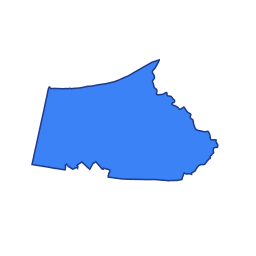 the district of Dong Hai, Bạc Liêu, Vietnam, rotated 206°
{"feature_id": "81297802B21221579574343", "entity_name": "Dong Hai", "entity_type": "district", "adm_level": 2, "iso_a3": "VNM", "parent_name": "Vietnam", "parent_adm1": "Bạc Liêu", "projection": "natural_earth1", "projection_center": [105.374, 9.137], "detail": "fine", "context": "isolated", "style": "filled", "palette": "blue", "viewbox_px": 256, "rotation_deg": 206, "n_neighbors": 0, "source": "geoboundaries", "source_scale": "gbopen_adm2", "svg_char_len": 5565}
<svg xmlns="http://www.w3.org/2000/svg" viewBox="0 0 256 256"><g transform="rotate(206 128 128)"><path d="M43.6,155.9L45.8,155.0L47.6,154.0L48.0,153.9L48.3,153.9L48.6,154.0L48.8,154.1L49.0,154.2L49.1,154.4L49.9,155.6L50.7,156.6L51.3,157.5L51.9,158.2L53.3,159.3L53.9,159.8L54.2,159.9L54.6,160.0L54.9,160.0L55.1,159.9L55.6,159.5L56.2,159.0L57.1,158.5L57.6,158.2L58.6,157.9L64.2,156.5L64.8,156.4L65.0,156.4L65.6,156.5L66.1,156.6L67.5,157.2L68.1,157.7L69.6,159.2L70.5,160.0L71.1,160.7L71.5,161.4L72.0,162.2L73.1,163.5L73.4,163.8L73.7,164.0L74.0,164.0L74.8,163.9L75.1,163.9L75.5,164.1L76.0,164.4L76.7,164.9L76.8,165.1L77.0,165.4L77.1,165.8L77.2,166.2L77.3,167.0L77.3,167.4L77.6,167.8L77.9,168.0L78.2,168.1L78.5,168.1L80.5,168.2L81.5,168.5L82.1,168.7L83.8,169.5L85.5,170.6L86.2,171.1L86.3,171.2L86.7,171.2L87.1,171.2L87.3,170.9L87.5,170.6L88.0,169.7L88.3,169.1L89.1,167.9L89.3,167.8L89.5,167.6L90.1,167.5L90.6,167.7L92.1,168.4L92.5,168.4L94.4,168.6L95.9,168.5L97.6,168.3L97.8,168.3L98.3,168.4L98.7,168.6L99.0,168.9L99.2,169.2L99.3,169.5L99.2,169.7L99.2,169.9L99.0,170.1L98.4,170.6L98.1,170.9L97.8,171.4L97.8,171.6L97.7,171.9L97.8,172.4L97.9,172.7L98.0,172.9L98.3,173.2L98.6,173.4L99.0,173.6L100.5,174.0L100.9,174.1L101.4,174.4L102.2,174.9L102.5,175.1L102.8,175.2L103.3,175.2L103.6,175.2L104.7,174.9L105.5,174.6L106.1,174.4L106.5,174.4L107.1,174.5L107.4,174.7L107.6,175.0L107.9,175.8L108.1,176.2L108.4,176.5L108.8,176.7L109.2,176.7L109.4,176.5L109.6,176.4L109.9,175.9L110.2,175.4L111.1,174.0L111.5,173.6L112.2,173.1L112.7,172.7L113.8,172.1L115.6,171.0L116.0,170.8L116.5,170.7L117.0,170.7L117.2,170.8L117.3,171.0L117.5,171.5L117.8,172.8L118.0,173.5L118.4,174.3L118.8,174.8L119.2,175.1L119.6,175.3L120.1,175.4L121.2,175.6L121.6,175.7L122.3,176.0L122.5,176.2L122.8,176.6L124.2,178.3L125.1,179.3L126.2,180.2L126.3,180.4L126.5,180.7L126.5,180.9L126.6,181.4L126.6,181.7L126.5,182.0L126.2,183.3L126.1,184.1L126.2,184.5L126.4,185.1L126.7,185.6L127.3,186.3L127.6,186.6L130.0,188.2L130.3,188.5L130.5,188.7L130.6,188.9L130.8,189.3L130.9,189.8L130.9,190.5L130.7,191.2L130.1,193.0L130.0,193.3L129.9,194.4L129.9,195.0L129.7,197.6L129.6,200.7L129.6,202.3L129.8,202.9L135.3,197.6L141.2,189.0L145.3,183.0L149.1,177.2L151.1,174.3L153.9,171.3L157.0,167.4L160.8,163.4L167.2,158.2L173.4,154.0L178.1,150.4L180.2,149.0L182.4,147.9L184.5,146.2L188.2,143.4L190.1,142.1L193.5,140.2L195.7,138.8L195.8,138.6L196.0,138.5L196.7,138.5L197.9,138.0L198.5,137.7L199.2,137.2L199.5,136.8L199.8,136.6L200.4,136.5L201.1,136.4L201.4,136.2L201.7,135.9L202.2,135.6L202.6,135.4L202.8,135.2L203.3,134.9L203.9,134.7L211.5,131.3L214.1,129.9L214.9,129.6L215.3,129.9L216.3,130.4L216.5,130.4L216.8,130.2L216.8,129.9L216.7,129.0L216.8,128.7L216.0,125.3L215.3,122.6L214.7,120.4L213.8,116.4L211.3,106.7L208.2,93.7L206.8,88.0L202.6,71.0L202.1,68.6L199.4,57.8L198.3,53.1L192.3,54.9L190.3,55.5L189.4,55.8L188.2,56.1L185.7,56.9L183.2,57.7L180.7,58.4L178.3,59.0L174.8,60.1L173.7,60.5L170.0,61.6L167.4,62.4L166.8,62.6L166.2,62.8L166.7,64.4L166.9,65.3L167.2,65.8L167.4,66.1L167.8,66.6L168.0,66.9L168.0,67.1L167.7,68.2L167.6,68.6L167.2,68.5L166.6,68.0L165.8,67.6L164.7,67.5L164.1,67.2L163.7,67.1L163.2,67.1L162.6,67.2L162.4,67.2L162.1,67.1L161.8,66.9L161.5,66.8L160.9,66.9L160.7,66.9L160.1,66.8L159.8,66.8L159.6,66.8L159.2,67.0L158.6,67.9L158.0,68.8L157.8,69.0L157.5,69.3L157.1,69.6L156.8,69.8L156.5,69.8L156.2,69.9L155.9,69.9L155.7,69.8L155.8,70.2L156.0,71.0L156.1,71.3L156.3,71.5L156.8,71.7L157.3,71.9L157.5,72.0L156.8,73.3L156.4,74.2L155.8,75.2L155.3,76.0L154.9,76.6L154.7,77.3L153.5,76.9L151.5,76.3L146.7,74.8L145.5,74.5L144.3,74.1L144.2,76.1L143.8,81.6L143.3,81.7L143.1,81.8L142.9,82.1L142.5,83.1L142.4,83.3L142.2,83.6L141.0,83.1L139.0,82.2L137.1,81.4L133.6,79.9L133.3,79.7L132.3,80.0L132.5,81.1L130.2,81.5L129.0,81.8L128.9,81.9L126.9,82.2L126.1,82.4L125.1,80.6L125.1,80.4L125.4,79.5L125.4,79.3L125.4,79.0L124.8,76.4L124.7,76.2L124.5,75.9L124.4,75.7L124.3,75.2L122.1,75.9L120.4,76.5L118.9,77.0L117.1,77.5L115.2,78.2L114.2,78.5L111.7,79.4L110.3,79.9L109.8,80.1L106.6,81.5L104.0,82.7L103.2,83.0L101.0,84.1L99.2,84.9L97.8,85.6L95.7,86.6L88.6,89.8L87.4,90.5L85.8,91.2L84.8,91.7L81.6,93.3L80.6,93.7L79.5,94.2L74.1,96.2L71.4,97.3L70.6,97.6L68.7,98.3L68.0,98.6L66.6,99.5L63.8,100.9L63.1,101.3L62.5,101.6L61.3,102.1L57.0,105.3L57.2,106.2L57.5,107.9L57.6,109.2L57.7,110.5L57.8,112.2L56.5,112.2L56.1,112.2L55.6,112.2L55.4,112.2L55.2,112.3L54.8,112.5L54.3,112.8L53.8,113.3L53.4,113.5L52.3,113.9L52.1,113.9L51.7,114.0L51.3,114.1L50.6,114.2L51.0,114.8L51.0,115.1L51.0,115.3L50.9,115.6L50.7,115.9L50.3,116.5L50.1,117.0L49.8,117.3L49.6,117.5L49.3,118.3L48.9,118.9L48.8,119.2L48.8,119.8L48.8,120.8L48.9,121.3L48.8,121.7L48.5,122.4L48.5,122.9L48.3,123.8L48.2,124.1L48.2,124.8L48.2,125.0L47.5,125.7L46.7,126.7L46.5,127.0L46.4,127.1L45.5,127.6L44.5,127.9L44.2,128.1L43.5,128.7L43.2,129.0L43.1,129.8L43.1,130.0L42.6,131.2L42.5,131.5L42.5,132.0L42.5,132.4L42.5,132.8L42.3,133.4L42.0,133.9L42.0,134.1L42.0,134.6L41.8,135.2L41.7,135.5L41.2,136.1L41.0,136.5L40.9,136.7L40.9,137.0L41.1,137.6L41.6,138.0L41.8,138.3L41.8,138.5L41.7,138.7L41.6,139.0L41.3,139.7L41.0,140.1L41.0,140.4L40.9,141.7L40.9,141.9L40.7,142.2L40.2,142.8L40.2,143.0L40.3,143.4L40.3,143.6L40.6,144.0L41.4,144.9L41.7,145.5L41.9,146.0L42.0,146.4L42.1,147.9L42.0,148.0L41.5,148.2L41.4,148.3L41.2,148.5L40.9,148.9L40.6,149.2L39.5,149.5L39.4,149.7L39.3,149.8L39.2,150.0L39.2,150.4L39.3,150.7L39.7,151.4L39.9,152.1L40.1,152.4L40.5,152.7L41.2,153.0L42.0,153.5L43.2,154.6L43.3,154.7L43.4,154.9L43.4,155.3L43.4,155.6L43.6,155.9Z" fill="#3b82f6" stroke="#1e3a8a" stroke-width="1.5"/></g></svg>